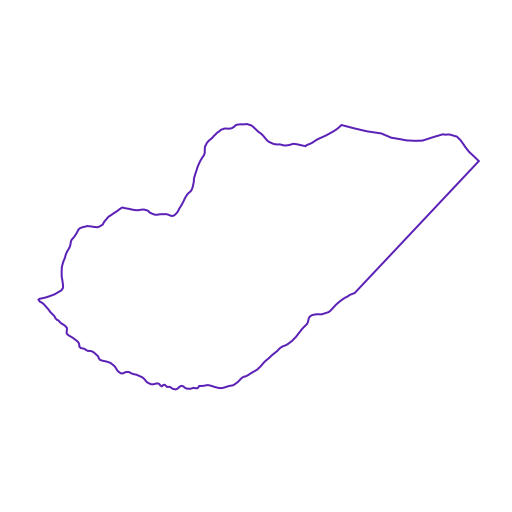 Bhur, Geylegphug, Bhutan (Mercator projection), rotated 276°
{"feature_id": "84629894B14718080214922", "entity_name": "Bhur", "entity_type": "district", "adm_level": 2, "iso_a3": "BTN", "parent_name": "Bhutan", "parent_adm1": "Geylegphug", "projection": "mercator", "projection_center": [90.436, 26.926], "detail": "fine", "context": "isolated", "style": "outline", "palette": "violet", "viewbox_px": 512, "rotation_deg": 276, "n_neighbors": 0, "source": "geoboundaries", "source_scale": "gbopen_adm2", "svg_char_len": 5082}
<svg xmlns="http://www.w3.org/2000/svg" viewBox="0 0 512 512"><g transform="rotate(276 256 256)"><path d="M290.1,117.6L288.1,115.2L286.0,113.0L285.0,111.8L283.3,109.6L281.4,107.5L280.1,105.7L278.8,104.6L274.8,101.9L273.0,100.9L271.4,100.4L269.6,98.2L268.8,97.0L268.0,95.2L268.0,93.9L268.0,91.6L268.2,88.4L268.1,85.9L268.1,84.7L267.4,83.4L267.0,81.7L265.4,78.2L263.9,76.8L261.5,75.8L259.5,75.0L258.2,74.3L256.8,73.6L255.5,72.8L254.2,71.9L252.9,71.0L251.4,70.5L249.9,70.3L248.3,70.3L246.7,70.1L245.2,69.7L243.8,69.1L242.3,68.5L240.9,67.7L239.4,67.2L237.9,66.8L236.4,66.4L234.9,66.3L233.3,65.9L231.8,65.4L230.3,65.0L228.8,64.7L227.2,64.4L225.7,64.2L224.1,64.1L222.5,64.2L221.0,64.3L219.4,64.4L217.9,64.6L216.3,64.8L214.7,65.0L213.3,65.5L211.7,65.9L210.2,66.3L208.7,66.7L207.2,67.0L205.6,67.3L204.1,67.4L201.3,65.9L199.6,63.4L197.0,60.0L195.4,56.8L194.4,54.8L192.7,51.0L191.5,47.4L190.8,45.3L189.9,44.3L188.9,45.0L188.0,45.9L187.0,48.3L185.8,50.1L181.6,54.7L178.8,57.3L174.9,62.0L173.8,62.5L171.8,64.5L171.4,66.0L169.0,68.8L166.8,73.2L164.8,75.4L163.4,75.7L159.8,75.6L158.7,76.2L157.6,77.7L155.5,82.4L153.8,85.1L152.7,87.0L151.8,88.1L150.1,89.3L147.4,89.8L146.1,91.4L146.0,93.2L145.7,95.2L144.8,96.7L144.1,98.5L144.2,101.7L143.9,103.2L143.0,105.0L141.2,107.5L139.7,109.5L137.8,110.4L136.4,111.7L135.8,114.4L135.4,118.5L134.5,122.4L133.7,123.7L131.5,127.0L129.3,128.8L127.1,130.5L125.4,133.4L125.1,134.6L125.4,136.0L126.6,137.9L127.2,139.5L127.3,142.0L126.3,144.1L125.7,146.7L125.4,149.7L123.5,155.6L122.1,157.6L121.2,158.6L119.5,160.2L118.8,161.3L117.9,163.7L117.5,165.2L117.7,167.5L118.7,169.9L119.0,172.0L118.6,173.1L117.2,174.5L116.6,176.1L117.9,177.1L118.4,178.6L116.5,181.3L116.9,183.9L115.3,186.9L114.9,189.9L115.8,191.7L118.5,194.2L119.1,195.7L118.9,196.9L117.6,199.0L116.9,200.7L116.9,202.5L117.2,205.0L118.3,207.5L118.2,209.9L118.3,211.4L119.3,212.4L120.8,213.1L121.2,216.7L122.6,221.4L122.4,224.0L121.3,229.4L120.8,233.2L121.1,236.1L121.5,237.3L123.9,242.8L124.8,246.0L125.4,247.3L128.8,251.1L133.0,254.4L134.7,256.4L134.9,257.7L136.6,260.5L138.5,262.7L143.0,268.9L146.7,272.1L150.5,274.7L152.3,276.1L156.2,279.9L158.9,282.1L163.7,287.0L166.6,289.2L168.5,291.3L170.4,295.0L171.7,296.8L175.4,300.8L179.9,304.3L188.5,309.6L193.7,313.8L195.6,314.5L199.4,315.0L200.8,315.5L201.9,316.4L203.0,317.9L203.8,320.0L204.5,323.1L204.8,327.3L207.7,333.9L209.1,335.5L216.1,340.8L219.1,343.6L221.5,346.1L223.6,348.6L225.1,351.0L227.2,353.5L229.5,358.0L278.6,395.4L373.7,467.7L380.1,459.4L381.0,458.1L382.0,456.9L383.1,455.8L384.2,454.7L385.4,453.6L386.5,452.5L388.0,451.3L389.2,450.3L390.4,449.2L391.6,448.2L392.7,447.1L393.7,445.9L394.7,444.6L395.7,443.4L397.1,435.6L396.4,431.1L396.6,429.2L392.9,420.2L388.2,409.6L387.2,402.7L386.7,393.6L387.3,386.7L387.8,377.9L388.3,376.6L391.0,367.6L391.6,353.3L393.2,340.5L395.2,327.3L393.2,325.6L392.0,324.5L390.9,323.4L389.9,322.3L388.9,321.0L387.9,319.8L387.0,318.5L386.1,317.2L385.2,315.9L384.3,314.6L383.4,313.3L382.6,312.0L381.8,310.6L381.0,309.3L380.2,307.9L379.4,306.5L378.6,305.2L377.7,303.9L376.7,302.7L375.7,301.5L374.7,300.3L373.8,299.0L373.0,297.6L372.3,296.2L371.6,294.8L370.4,293.8L370.6,292.3L370.7,290.7L370.9,289.1L371.1,287.6L371.3,286.0L371.4,284.4L371.5,282.9L371.4,281.3L370.9,279.8L370.2,278.4L369.7,276.9L369.3,275.3L369.0,273.8L368.9,272.2L369.1,270.7L369.4,269.1L369.5,267.6L369.2,266.0L369.1,264.4L369.2,262.8L369.4,261.3L369.9,259.8L370.4,258.3L370.9,256.9L371.7,255.5L372.7,254.3L373.8,253.2L374.9,252.1L376.0,250.9L377.0,249.8L378.0,248.5L378.8,247.2L379.5,245.8L380.4,244.5L381.4,243.3L382.4,242.0L383.3,240.8L384.3,239.5L385.1,238.2L385.7,236.7L385.8,235.1L386.3,233.6L386.1,232.4L385.8,231.0L385.6,229.5L385.4,228.0L385.4,226.6L385.0,225.3L384.6,223.3L383.6,221.7L382.3,220.9L381.6,219.8L380.7,218.8L380.1,217.3L379.8,215.8L379.7,214.2L379.6,212.6L379.4,211.1L378.6,209.7L377.9,208.0L377.0,207.2L376.1,206.5L375.4,205.4L374.5,204.5L373.6,203.7L371.9,202.4L371.0,201.5L369.8,200.8L368.7,199.9L367.8,199.0L366.6,197.9L365.5,196.8L362.9,195.1L361.3,194.7L360.2,194.0L359.0,193.9L357.8,193.8L356.3,194.0L355.0,194.0L353.7,194.3L352.2,194.0L350.7,193.7L349.4,192.9L348.4,192.3L347.0,191.7L345.6,191.0L344.1,190.4L342.6,189.9L341.1,189.4L339.6,188.9L338.1,188.5L336.6,188.2L335.0,187.9L333.5,187.5L332.0,187.2L330.4,186.9L328.9,186.6L327.4,186.3L325.8,186.2L324.2,186.4L322.7,186.3L321.1,186.2L319.5,186.0L318.0,185.8L316.4,185.5L315.0,185.0L313.6,184.3L312.4,183.2L311.3,182.1L310.0,181.2L308.6,180.5L307.2,179.8L305.8,179.2L304.3,178.7L302.8,178.2L301.3,177.6L299.9,177.0L298.4,176.4L297.0,175.7L295.6,175.0L294.2,174.4L292.7,173.9L291.3,173.2L290.0,172.3L288.8,171.3L287.7,170.2L287.1,168.7L287.1,167.2L287.5,165.7L288.0,164.2L288.2,162.6L288.1,161.0L287.9,159.5L287.7,157.9L287.5,156.3L287.1,154.8L286.7,153.3L286.5,151.7L286.7,150.2L287.1,148.6L287.7,147.2L288.1,145.7L289.6,144.1L290.2,141.7L290.5,139.6L290.0,136.7L289.2,134.2L289.1,132.7L289.0,131.1L289.1,129.5L289.2,127.9L289.4,126.4L289.6,124.8L289.7,123.4L289.8,121.9L289.9,120.3L290.2,118.8L290.1,117.6Z" fill="none" stroke="#5b21b6" stroke-width="2"/></g></svg>